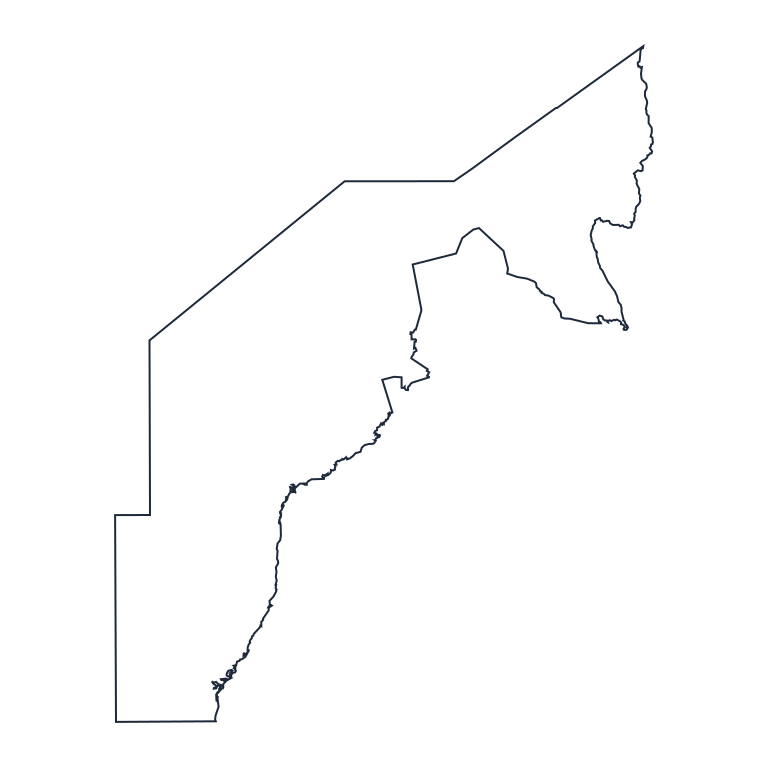 outline of Whyalla, South Australia, Australia
{"feature_id": "25037944B64884179183706", "entity_name": "Whyalla", "entity_type": "district", "adm_level": 2, "iso_a3": "AUS", "parent_name": "Australia", "parent_adm1": "South Australia", "projection": "albers", "projection_center": [137.585, -33.046], "detail": "fine", "context": "isolated", "style": "outline", "palette": "slate", "viewbox_px": 768, "rotation_deg": 0, "n_neighbors": 0, "source": "geoboundaries", "source_scale": "gbopen_adm2", "svg_char_len": 6105}
<svg xmlns="http://www.w3.org/2000/svg" viewBox="0 0 768 768"><path d="M215.8,721.3L215.1,719.6L215.6,715.5L218.6,706.7L217.7,699.8L217.1,701.0L216.7,700.8L218.1,696.2L217.5,697.3L217.1,696.2L216.3,697.5L216.2,694.5L217.6,692.2L218.2,691.8L218.1,692.7L222.0,688.4L219.2,689.9L219.1,689.0L220.6,686.3L218.0,685.4L217.3,685.8L216.3,688.3L213.8,688.7L214.0,687.9L216.0,687.2L216.2,686.1L215.6,685.1L213.7,684.1L211.8,681.4L213.8,682.6L216.1,681.9L218.5,684.2L222.2,685.4L222.0,685.9L222.6,685.9L222.4,687.9L222.9,688.2L223.3,687.5L223.2,684.2L226.3,680.8L224.7,680.3L223.9,680.8L222.9,680.0L221.3,680.0L220.9,679.2L225.7,678.6L226.6,678.9L225.9,679.9L226.8,680.4L231.2,678.0L230.1,677.6L231.2,676.3L230.8,674.6L229.9,674.8L229.3,676.3L227.9,676.4L226.7,675.5L226.5,674.6L227.2,672.5L228.5,670.7L231.7,669.9L232.4,670.6L230.5,672.5L231.3,672.4L232.1,673.8L233.0,672.7L235.1,672.4L235.9,670.8L235.4,669.5L235.0,669.5L235.4,667.3L233.4,668.9L234.6,666.7L233.6,665.7L236.2,665.1L237.0,661.6L239.6,660.8L240.1,659.4L241.9,659.3L245.5,656.7L246.4,655.0L245.6,655.4L244.9,654.6L243.5,655.5L243.7,653.6L244.0,653.3L245.5,654.2L248.6,651.3L248.6,650.1L247.6,650.2L247.7,647.4L248.6,644.7L250.2,642.6L249.6,641.6L250.7,639.3L251.7,638.5L251.9,636.5L253.3,635.6L253.8,633.9L259.7,627.5L260.4,625.6L261.3,626.2L261.3,621.8L263.2,619.8L262.9,618.8L268.7,610.4L268.8,607.6L271.9,605.6L271.2,605.1L267.5,608.5L269.9,604.9L269.5,600.9L273.5,596.5L276.2,591.5L276.1,590.2L276.6,589.6L275.6,587.9L276.2,585.0L275.5,584.8L276.7,580.7L275.8,576.4L276.5,572.1L275.9,567.3L278.2,563.4L278.0,561.0L277.0,558.8L277.6,550.7L276.7,549.0L277.6,543.4L280.2,540.1L280.9,535.6L280.6,524.2L279.6,521.1L279.1,523.1L278.9,522.9L279.3,519.8L280.3,518.0L279.9,517.2L281.0,516.6L281.1,513.6L280.4,513.9L279.9,512.1L281.6,509.9L284.1,504.7L282.8,505.7L281.8,507.7L281.8,505.3L283.5,502.5L285.0,502.0L286.7,500.1L285.9,499.6L286.4,498.7L285.9,497.2L286.4,497.0L287.5,498.0L287.8,496.6L289.6,493.2L291.0,492.4L290.3,491.0L290.7,488.7L289.6,486.2L292.7,488.8L293.1,487.2L293.8,486.4L292.0,484.7L293.3,484.5L294.1,485.1L295.0,486.7L293.6,489.2L294.3,491.3L292.6,489.9L292.4,491.5L291.8,492.1L295.3,492.0L294.7,489.8L295.0,488.2L299.8,483.7L302.2,483.5L305.1,484.8L306.7,484.7L306.3,484.0L304.7,484.1L304.5,483.5L306.6,483.6L308.1,481.3L311.6,479.3L324.0,478.9L324.1,477.8L322.6,477.3L322.2,476.5L323.0,474.9L324.8,475.4L326.8,474.1L326.0,475.8L328.1,475.0L330.4,473.1L331.1,471.3L331.0,470.0L333.2,470.5L335.0,469.6L334.7,468.4L335.5,466.8L334.6,464.8L336.5,464.6L335.7,462.6L337.8,460.8L339.3,461.3L340.4,460.2L341.8,460.0L342.3,458.9L343.7,459.4L346.0,457.3L346.2,458.1L347.2,458.3L347.1,459.3L349.7,458.5L353.2,455.8L355.5,453.2L360.5,451.8L361.8,447.6L364.6,445.2L368.6,444.0L373.0,443.8L374.4,442.9L375.6,440.6L375.1,440.3L375.8,440.3L375.6,439.2L376.0,438.3L379.3,437.0L380.0,435.3L378.7,434.8L376.9,436.6L377.4,435.7L377.3,434.5L376.8,434.1L375.5,434.8L375.7,433.1L374.3,432.9L375.1,431.1L377.1,430.2L377.1,427.6L379.5,426.6L381.1,423.4L382.3,424.9L383.1,424.1L383.9,424.3L383.9,423.6L382.9,423.0L386.1,420.8L385.9,419.7L387.6,419.3L388.3,418.2L388.4,416.5L389.8,415.5L389.8,414.7L388.4,414.5L388.3,413.4L389.5,412.6L389.7,414.0L392.4,412.5L382.3,379.8L394.0,376.8L401.6,377.3L401.6,387.8L403.4,387.9L404.6,386.8L404.5,387.9L405.7,389.8L408.7,390.3L408.0,389.8L407.9,387.9L408.5,386.3L409.5,385.8L410.3,384.2L412.0,382.7L428.9,377.4L428.9,376.7L427.1,375.8L429.2,372.2L426.8,370.9L427.7,369.3L411.3,358.4L411.5,357.1L413.5,354.3L413.7,352.5L416.6,350.7L415.4,347.9L414.0,348.5L414.6,341.8L415.8,341.7L416.0,339.9L414.9,339.7L414.8,340.4L414.9,339.3L411.6,339.4L411.5,334.0L410.4,334.0L410.6,332.3L413.1,332.5L414.8,329.7L415.8,329.7L421.2,311.2L421.3,309.2L412.7,264.5L456.1,253.5L462.3,238.1L473.4,229.5L479.0,228.1L503.5,250.9L508.0,268.7L507.2,273.5L517.3,277.0L527.3,278.7L534.5,281.7L536.0,283.2L536.7,287.2L539.3,289.4L540.5,291.7L541.6,291.7L541.8,293.0L543.7,293.7L545.0,295.1L548.5,295.6L553.4,298.1L554.0,299.3L553.8,302.3L560.3,311.8L561.0,313.7L560.9,315.4L561.4,317.4L564.7,318.5L569.7,318.7L588.2,323.2L600.9,323.3L600.4,322.2L599.0,321.7L598.1,318.0L597.4,317.2L599.7,315.6L602.3,316.5L603.4,319.4L604.7,320.3L607.2,320.6L607.4,322.0L608.0,322.3L607.6,321.1L609.8,320.2L611.3,321.1L614.1,319.8L615.2,320.3L616.5,319.6L617.7,320.0L620.6,321.7L621.1,322.6L621.0,324.2L622.7,324.5L624.6,326.2L624.7,327.1L623.5,328.9L623.8,329.7L625.9,330.0L627.3,328.8L626.7,327.7L626.9,326.8L627.7,327.0L627.3,325.8L625.4,323.8L624.7,321.5L623.2,320.4L623.6,319.8L621.5,311.6L621.6,308.5L620.8,304.9L618.4,302.0L617.1,296.4L614.9,291.4L607.7,281.4L602.5,270.7L600.2,268.1L599.7,265.5L598.2,262.5L597.7,258.8L596.8,257.3L596.4,252.6L597.0,252.3L596.3,250.9L595.6,250.9L594.6,249.1L593.5,245.9L593.5,244.5L591.5,240.9L591.6,239.1L590.7,235.2L591.6,230.8L592.9,228.1L592.8,226.4L595.2,222.9L594.9,220.6L599.4,218.0L599.9,218.0L600.9,220.5L601.8,220.3L603.1,221.8L606.9,220.8L609.1,221.0L610.1,223.3L612.9,225.0L618.8,224.8L620.2,226.3L622.7,225.3L624.2,226.8L626.1,227.0L627.6,227.9L631.0,227.4L632.0,224.2L631.0,222.2L632.8,222.4L634.4,220.1L634.1,218.9L634.8,215.6L634.1,213.6L635.6,212.0L635.7,208.4L636.3,206.7L639.2,203.6L640.3,200.9L639.8,197.8L640.4,195.7L638.9,193.3L639.3,189.1L636.6,183.8L636.9,180.6L634.8,176.8L635.1,175.4L633.8,173.6L637.7,170.4L641.2,171.1L642.6,170.4L642.8,166.0L640.3,162.9L641.8,161.1L645.5,159.2L646.9,157.9L647.5,156.7L647.4,155.4L649.1,154.8L650.2,153.3L651.5,153.4L652.1,151.3L649.7,147.8L650.9,146.5L651.0,144.5L652.4,144.0L652.9,142.5L652.3,137.5L650.6,136.6L651.8,132.3L651.7,127.9L648.6,123.1L648.7,116.2L647.0,114.5L646.4,112.8L646.4,110.2L645.8,109.1L647.2,102.8L646.8,100.4L645.1,96.6L644.9,94.2L645.1,91.2L646.2,89.7L646.8,87.7L646.4,84.6L645.9,83.4L642.2,79.9L641.5,78.5L641.0,73.7L641.9,67.1L640.4,67.7L639.6,66.2L638.4,66.6L637.7,64.0L637.9,62.5L639.5,61.4L639.7,60.3L640.6,50.1L641.7,48.6L643.0,48.1L643.3,46.1L557.0,108.0L555.7,108.1L514.1,137.9L471.5,169.1L453.9,181.2L344.6,181.3L149.5,340.4L150.0,515.0L115.1,515.1L116.0,721.9L215.8,721.3Z" fill="none" stroke="#1e293b" stroke-width="2"/></svg>